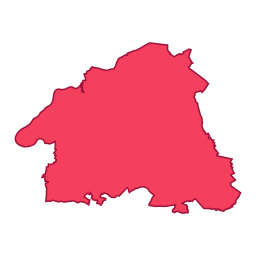 outline of Bronckhorst, Gelderland, Netherlands
{"feature_id": "6326949B84146286859496", "entity_name": "Bronckhorst", "entity_type": "district", "adm_level": 2, "iso_a3": "NLD", "parent_name": "Netherlands", "parent_adm1": "Gelderland", "projection": "albers", "projection_center": [6.301, 52.053], "detail": "fine", "context": "isolated", "style": "filled", "palette": "rose", "viewbox_px": 256, "rotation_deg": 0, "n_neighbors": 0, "source": "geoboundaries", "source_scale": "gbopen_adm2", "svg_char_len": 5732}
<svg xmlns="http://www.w3.org/2000/svg" viewBox="0 0 256 256"><path d="M31.8,121.5L30.5,123.3L29.0,124.6L26.9,126.2L21.4,129.2L19.6,130.8L17.8,132.7L16.7,134.4L15.9,136.0L15.5,137.2L15.4,138.7L15.4,139.6L16.0,141.8L16.7,142.8L17.5,143.7L20.2,145.5L23.1,146.5L25.9,146.8L29.5,146.3L33.7,144.7L35.4,143.2L36.7,140.8L37.4,139.8L38.4,139.1L39.5,138.7L41.4,138.9L43.0,139.7L44.1,141.1L45.1,143.4L46.2,143.2L47.9,143.6L50.1,143.9L51.5,143.1L53.3,142.6L55.3,141.5L55.5,145.1L55.3,145.1L55.0,149.2L56.2,149.4L55.4,151.1L53.8,153.1L55.2,153.5L54.7,155.3L56.1,155.6L54.6,158.2L54.9,158.5L56.3,159.3L56.3,160.6L55.9,160.5L55.9,161.7L53.7,162.4L54.0,163.3L52.3,164.2L50.3,164.5L48.4,163.9L48.3,164.5L48.6,166.5L46.4,167.1L46.5,167.7L46.4,168.6L46.5,170.6L46.0,170.5L45.5,173.9L45.2,174.4L44.9,174.2L44.8,174.9L43.6,174.5L41.9,177.4L41.9,177.6L42.1,177.6L44.2,176.7L44.9,177.0L45.1,177.2L45.1,177.6L44.7,179.1L45.1,180.3L45.4,180.5L45.2,181.2L47.5,181.3L48.3,182.0L48.2,182.2L46.8,182.5L46.6,182.8L45.6,183.1L45.4,184.8L46.0,186.3L45.9,186.8L46.8,187.7L46.8,188.2L46.6,189.4L46.4,196.8L46.2,197.4L46.0,199.9L45.9,200.0L45.9,201.5L47.2,201.2L50.8,201.2L52.8,200.2L57.5,201.7L59.3,201.8L60.2,201.3L61.1,201.3L63.2,201.9L64.7,202.0L73.5,200.8L77.5,202.7L78.6,202.6L79.7,201.6L81.4,201.7L85.4,202.7L85.8,202.8L87.2,204.0L88.7,204.9L88.8,204.6L88.4,204.3L89.5,202.4L88.9,202.0L89.9,200.0L88.5,199.8L85.6,197.6L84.1,196.9L84.4,196.7L85.1,195.2L87.7,193.2L88.0,193.9L89.9,194.7L90.4,194.5L90.2,193.3L90.4,193.1L90.1,192.6L90.3,192.4L91.7,195.1L92.4,196.0L91.6,197.1L91.4,197.6L92.0,198.8L92.9,199.1L93.0,199.8L93.2,200.0L94.1,199.8L95.5,200.5L96.1,200.4L96.6,200.0L97.2,200.4L97.8,200.8L97.9,201.2L97.1,202.1L96.8,203.1L96.9,203.4L97.7,203.2L98.4,203.7L99.4,203.7L99.9,204.1L100.1,204.8L101.0,205.1L103.0,202.0L103.0,201.1L103.9,200.4L105.4,200.1L105.5,199.7L105.3,199.1L105.7,198.5L100.4,197.2L99.9,197.0L101.6,193.7L102.5,194.3L103.6,193.5L103.5,193.2L103.9,193.0L106.5,193.7L107.0,193.6L107.4,194.2L108.9,195.2L108.9,195.5L109.4,195.7L109.8,196.3L111.7,197.3L112.9,197.1L113.8,197.6L115.0,197.4L115.8,196.9L116.0,196.2L116.4,195.8L117.8,195.7L119.1,196.1L127.1,187.7L128.3,188.8L128.6,190.7L129.4,192.6L131.0,191.2L134.5,189.5L135.9,188.0L137.4,188.4L138.6,188.0L139.8,187.0L143.9,186.8L146.0,187.6L148.4,189.2L149.3,191.3L154.1,195.4L152.0,198.2L151.2,200.7L149.8,202.7L149.2,203.8L149.5,204.0L149.0,204.7L149.1,205.0L149.1,205.4L155.2,206.4L159.0,206.2L165.1,206.4L175.3,204.8L174.8,205.6L174.9,206.6L175.2,207.5L173.0,209.3L172.4,211.3L172.6,211.7L174.3,212.6L177.5,211.2L178.7,211.7L179.5,212.3L180.6,212.4L181.1,212.8L182.4,213.1L182.8,212.7L184.4,213.1L185.8,212.3L186.5,212.7L187.9,212.8L188.1,212.1L187.8,211.9L187.9,211.2L188.2,210.3L187.3,209.4L187.5,208.9L187.1,208.7L187.4,207.2L187.0,207.2L187.0,206.8L187.3,206.7L186.6,204.9L185.1,204.9L182.0,203.3L187.9,200.8L189.0,201.6L189.7,200.8L190.3,201.3L191.2,200.9L192.5,201.4L193.3,200.0L195.4,198.9L203.8,208.4L209.2,208.6L209.7,208.4L210.3,208.6L210.5,209.0L212.5,209.2L213.9,208.8L215.4,208.9L215.3,210.0L216.7,210.3L217.1,209.3L218.0,209.5L218.2,208.9L219.4,209.3L219.4,210.2L221.0,210.6L222.0,210.6L223.1,211.3L224.5,210.6L224.2,210.2L225.9,209.2L226.7,209.3L229.0,208.5L229.1,207.9L230.1,208.1L230.8,207.8L231.4,206.6L231.9,206.7L231.6,206.3L231.8,205.8L232.9,205.8L232.5,204.8L233.1,204.4L235.1,203.9L235.2,203.2L235.8,202.7L235.2,202.3L236.3,199.9L238.0,197.2L238.4,197.4L240.6,192.8L230.9,185.8L230.9,184.5L230.4,183.2L235.5,180.1L231.5,175.8L231.0,174.7L234.3,173.2L233.1,171.5L232.7,170.1L232.0,168.8L232.0,167.7L232.5,167.5L231.0,166.3L231.8,165.5L231.2,165.0L232.1,163.9L231.4,163.5L231.6,163.3L230.5,162.6L230.3,162.1L230.4,161.8L232.2,159.1L217.6,155.9L216.7,155.3L216.6,155.1L217.3,154.9L217.1,154.3L218.5,153.7L216.1,150.2L215.6,150.5L213.8,145.8L215.3,146.1L214.3,143.8L214.6,142.9L212.8,142.2L213.9,140.3L211.4,139.7L210.5,137.6L208.9,138.4L208.4,136.8L209.6,136.0L208.1,133.3L206.3,134.4L205.3,133.3L205.6,133.0L205.4,132.7L205.5,132.6L205.1,132.1L203.8,130.3L203.5,130.6L203.0,129.4L201.9,125.4L202.0,124.2L202.4,123.0L202.2,123.0L201.9,118.2L200.4,115.1L197.4,104.1L197.8,103.9L196.8,102.4L195.5,101.6L195.6,100.0L194.8,98.7L194.7,98.6L194.8,98.5L194.0,96.9L195.1,94.5L194.9,93.5L195.3,92.8L196.8,91.9L200.8,91.2L201.5,91.6L202.0,92.4L205.2,89.0L205.3,88.6L207.7,85.0L207.8,84.4L208.5,83.8L205.0,80.2L188.4,67.6L189.4,66.3L189.7,66.3L189.6,66.0L191.5,63.5L191.4,63.2L192.7,63.0L191.2,61.2L188.8,56.9L188.6,56.9L191.1,49.8L190.3,49.5L189.0,49.1L185.7,50.9L183.3,52.0L183.2,52.6L183.5,53.3L181.3,54.5L180.8,54.7L180.3,53.8L179.8,53.7L176.9,55.0L174.4,56.8L172.1,55.4L170.3,54.0L169.8,53.8L170.4,53.3L167.6,50.3L167.6,45.1L149.5,42.9L136.6,50.2L133.5,50.8L133.5,51.0L131.1,52.0L128.3,52.7L128.4,52.9L128.1,53.4L126.6,54.2L127.2,55.2L125.0,55.1L122.5,56.5L122.1,57.3L121.6,57.0L118.2,58.9L118.1,59.6L116.7,62.5L115.3,66.6L113.5,69.0L111.5,68.9L108.5,70.0L106.0,70.4L104.3,69.8L102.1,69.5L98.2,68.1L96.5,68.1L95.3,67.7L93.8,67.5L92.6,66.9L92.1,67.9L91.3,67.5L90.0,69.6L90.4,69.9L87.7,71.2L86.9,71.3L86.4,73.8L85.3,73.7L84.1,74.0L85.6,78.8L85.6,79.6L85.6,80.6L84.7,80.4L82.9,80.4L82.8,83.4L82.7,83.5L82.3,87.0L82.3,88.2L82.7,89.8L83.8,92.0L83.2,91.7L82.9,91.1L82.4,92.0L81.6,91.1L81.8,90.8L81.6,90.4L81.9,90.0L82.0,88.3L81.9,88.0L80.8,87.4L80.9,86.2L81.7,85.7L82.3,84.5L81.9,82.9L81.5,82.8L80.9,84.2L79.9,85.8L77.8,87.8L76.9,88.3L76.1,88.4L74.7,88.3L72.3,87.1L70.4,86.9L69.1,87.2L65.8,88.9L64.0,89.4L61.3,89.6L58.5,89.1L56.5,89.6L55.2,90.8L54.4,92.2L53.7,94.8L52.8,100.7L52.3,102.0L50.8,104.5L49.6,105.6L46.9,106.9L45.5,108.0L43.7,110.2L40.3,112.8L38.9,115.3L38.3,116.0L37.0,117.0L34.1,118.4L33.1,119.4L31.8,121.5Z" fill="#f43f5e" stroke="#9f1239" stroke-width="1.5"/></svg>